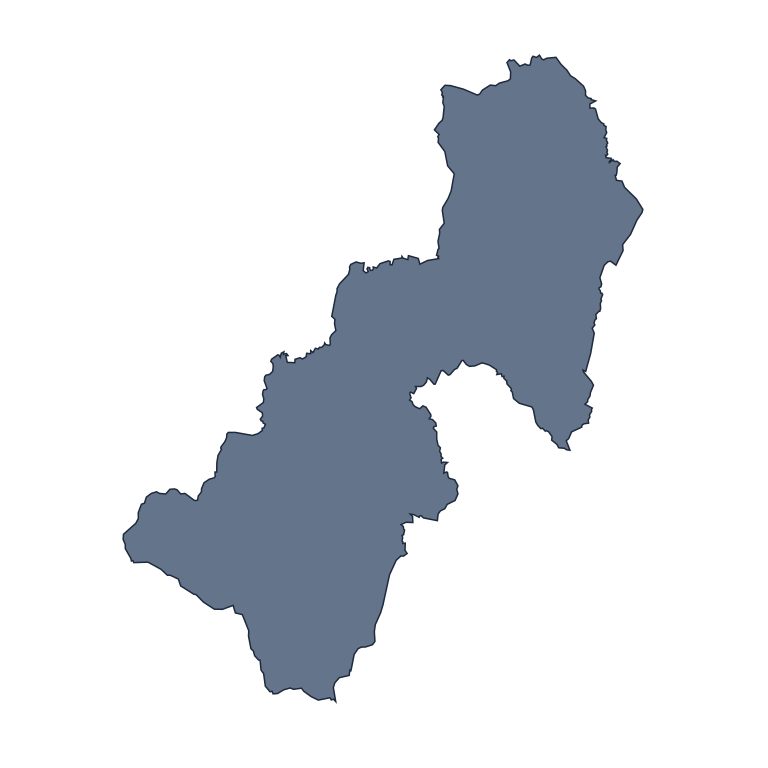 the district of Sidenreng Rappang, Sulawesi Selatan, Indonesia, rotated 174°
{"feature_id": "22746128B89870320898123", "entity_name": "Sidenreng Rappang", "entity_type": "district", "adm_level": 2, "iso_a3": "IDN", "parent_name": "Indonesia", "parent_adm1": "Sulawesi Selatan", "projection": "natural_earth1", "projection_center": [119.91, -3.808], "detail": "fine", "context": "isolated", "style": "filled", "palette": "slate", "viewbox_px": 768, "rotation_deg": 174, "n_neighbors": 0, "source": "geoboundaries", "source_scale": "gbopen_adm2", "svg_char_len": 6151}
<svg xmlns="http://www.w3.org/2000/svg" viewBox="0 0 768 768"><g transform="rotate(174 384 384)"><path d="M178.8,690.9L187.9,691.0L191.5,689.7L193.3,691.0L195.0,694.8L198.3,692.8L201.5,694.4L203.0,692.8L205.4,685.9L207.7,686.0L210.2,687.5L215.7,685.9L220.9,692.7L223.9,692.2L225.3,693.4L228.1,690.8L225.4,681.1L226.4,674.3L229.0,672.6L237.8,671.2L241.7,669.0L247.0,670.2L255.4,666.0L258.6,662.3L261.0,661.6L274.1,668.9L286.6,673.8L292.1,674.7L294.7,672.5L296.7,670.6L295.5,667.9L296.4,665.4L295.3,664.5L295.7,663.4L294.9,663.3L296.1,657.5L295.1,653.8L297.4,642.9L298.6,640.2L302.0,637.7L307.3,631.5L303.1,626.4L304.7,624.3L304.1,623.0L304.9,618.6L299.2,608.8L297.9,594.3L292.2,585.7L297.0,569.1L300.8,561.9L307.0,553.6L307.9,550.6L307.3,537.6L312.7,532.0L312.9,527.9L315.4,520.3L315.1,513.1L316.2,512.2L318.3,506.5L316.3,505.3L317.2,504.4L316.5,503.0L327.7,502.3L335.8,499.4L336.8,505.3L346.3,509.1L347.3,505.2L351.8,507.1L352.8,509.0L353.2,507.4L361.1,507.0L363.6,501.6L365.5,502.1L365.1,505.2L366.8,506.0L375.4,504.1L379.2,500.1L382.5,501.5L382.6,499.5L383.7,498.4L385.2,498.3L386.1,499.5L386.1,501.2L387.9,501.7L388.9,500.2L387.8,497.4L390.4,496.3L392.8,499.0L391.1,506.6L394.5,506.5L399.0,508.3L404.6,506.4L406.1,504.0L406.0,501.7L407.9,496.7L417.7,488.3L420.7,483.8L421.1,480.5L422.6,477.4L428.9,456.7L426.0,453.4L426.9,449.2L426.3,442.1L430.9,438.6L432.9,435.6L433.3,428.7L434.5,428.2L437.7,429.2L438.7,431.0L439.3,429.3L442.1,426.9L444.4,427.2L445.7,425.7L448.5,426.7L451.3,422.7L453.4,424.9L453.8,421.8L457.7,422.6L458.6,419.2L462.5,417.4L464.8,418.9L469.9,417.9L470.5,414.5L477.9,415.6L478.7,422.4L476.5,422.3L477.8,424.5L480.9,424.0L480.2,426.5L483.0,425.3L484.4,421.4L485.2,423.5L486.6,424.1L493.2,420.4L494.2,418.4L492.4,416.0L492.3,413.1L493.4,408.2L496.9,405.5L500.5,405.1L501.9,403.7L502.8,399.8L500.8,391.7L501.7,390.9L504.2,390.8L504.9,389.9L505.9,386.5L505.1,381.7L505.9,378.2L513.2,373.9L512.6,372.0L508.0,368.1L508.1,364.7L510.7,362.0L510.0,360.2L508.4,359.5L508.3,357.9L506.2,356.4L508.0,353.0L509.9,352.6L509.8,350.5L514.5,347.8L520.3,346.6L536.9,351.4L543.9,352.1L545.4,350.8L546.3,346.7L548.5,343.0L552.4,338.8L553.1,337.4L552.4,336.1L556.5,330.4L558.4,323.5L559.6,313.9L561.3,314.1L561.6,309.5L562.9,308.4L567.7,307.6L573.3,304.6L576.4,299.0L576.9,295.7L580.4,292.1L581.6,287.9L584.5,287.8L593.4,296.0L597.7,295.9L600.8,300.4L603.1,301.5L607.9,301.7L612.6,297.4L618.8,298.7L621.5,300.6L626.9,299.5L632.2,296.3L634.7,290.5L637.8,289.8L641.8,281.8L642.4,275.9L645.4,271.4L658.8,261.8L659.7,256.8L658.1,251.5L658.5,247.3L654.0,237.1L653.7,234.4L652.2,234.6L651.5,232.5L637.4,231.5L625.1,223.0L619.4,216.4L616.7,216.2L608.9,211.5L607.3,204.4L595.1,194.8L593.0,194.3L586.3,185.9L576.3,177.8L568.2,176.8L557.2,179.6L555.7,171.8L549.0,169.5L544.3,152.8L545.1,147.5L544.0,134.6L541.9,132.3L541.0,127.2L537.6,122.6L536.1,122.3L536.2,112.4L534.0,108.5L533.6,95.9L529.5,89.8L527.4,90.1L526.7,87.4L522.2,87.3L515.8,90.3L509.2,91.5L505.8,89.8L497.9,90.1L495.8,86.7L489.1,80.7L482.4,76.5L470.5,77.6L469.5,75.3L467.2,75.8L465.2,73.2L466.1,87.4L464.1,92.0L459.1,96.6L449.1,97.8L447.9,102.9L447.0,102.2L446.4,103.7L441.9,118.3L437.4,123.5L434.0,124.7L429.9,124.4L422.7,125.9L419.9,129.0L419.5,138.7L417.8,145.6L411.3,156.8L408.2,164.2L398.4,193.8L390.3,207.4L385.2,211.2L382.6,210.8L378.7,213.0L380.5,216.4L379.5,223.5L381.9,223.4L381.7,225.0L382.4,225.9L381.5,229.4L381.9,231.6L380.3,232.0L378.8,236.6L379.6,237.5L379.7,240.3L381.8,242.4L376.5,244.2L369.8,243.2L369.4,249.3L371.5,251.9L368.1,251.0L363.0,247.8L362.3,249.0L360.8,249.2L358.8,246.7L345.2,242.5L343.8,249.0L341.2,251.9L336.6,253.6L333.7,257.7L325.5,260.7L321.9,267.1L322.7,271.6L321.1,275.0L323.7,281.3L329.0,283.4L329.9,285.1L330.1,289.4L330.9,290.0L333.8,289.1L332.0,297.2L329.1,299.3L333.1,300.1L335.0,299.4L335.1,303.0L333.3,304.1L334.9,306.0L334.5,308.6L335.7,311.1L334.6,314.7L336.7,317.5L337.3,323.8L336.6,330.8L339.6,334.8L338.8,336.3L336.4,336.7L336.6,339.9L339.4,343.5L342.6,344.7L340.7,347.0L340.7,348.7L344.6,356.5L347.6,358.2L350.9,355.8L352.0,356.1L355.6,358.4L357.2,360.4L358.0,363.6L360.3,365.4L358.5,367.5L359.4,371.3L359.0,372.7L358.5,373.2L355.4,371.3L352.1,376.2L352.9,378.2L347.5,377.6L344.7,378.6L341.6,381.6L340.2,385.6L337.9,383.8L334.4,378.6L333.1,378.5L325.9,391.1L323.8,391.3L319.2,386.1L317.4,386.4L312.3,391.1L309.5,392.1L304.0,399.3L302.7,399.1L300.2,394.9L297.1,392.6L291.7,392.5L284.6,394.7L282.6,394.2L277.3,391.8L270.6,386.5L270.9,384.9L269.9,383.6L270.8,381.6L266.2,381.9L265.8,379.0L263.9,379.2L264.2,377.1L261.7,374.2L261.7,371.2L257.8,366.0L258.5,364.1L257.3,362.7L256.7,356.0L251.5,350.7L239.2,345.6L238.1,342.3L237.0,330.3L235.5,326.9L232.7,323.2L230.9,323.4L228.6,320.3L227.4,320.6L225.2,319.2L222.4,314.1L223.1,310.6L218.3,305.8L216.9,302.3L211.3,301.2L209.3,299.5L206.0,298.7L208.7,308.6L206.1,310.3L202.4,316.8L191.9,320.4L191.4,322.4L189.3,323.5L184.6,323.7L184.7,326.9L182.7,329.6L182.9,331.9L180.4,334.9L180.3,337.1L179.4,338.3L186.3,342.9L183.3,345.1L183.1,347.1L180.4,350.5L179.6,353.8L175.8,360.9L177.5,365.0L184.2,374.9L184.6,377.0L182.1,375.4L175.2,393.0L169.6,412.6L171.1,417.7L168.1,420.7L168.8,422.6L167.7,425.4L165.9,426.8L166.1,430.9L162.7,433.8L161.8,433.7L160.7,436.4L160.5,441.3L158.9,444.4L159.5,445.6L157.2,450.0L157.7,451.4L159.0,451.8L159.2,454.3L160.3,456.1L159.9,457.3L158.0,458.1L157.1,460.8L158.2,467.1L152.6,479.0L148.5,482.2L145.8,482.4L140.9,477.9L132.3,491.7L132.1,497.7L123.2,507.0L115.3,520.6L109.5,527.5L108.3,530.5L113.7,541.7L124.2,554.4L126.1,560.9L131.5,562.3L132.3,567.3L131.3,567.3L130.5,569.2L129.3,575.4L126.1,578.5L129.1,581.2L131.7,581.3L132.6,583.0L136.7,580.7L136.7,581.6L134.3,583.5L134.3,584.6L139.5,585.9L139.8,588.3L138.7,587.9L137.5,589.2L138.2,591.4L137.3,592.7L138.4,596.8L137.4,597.3L137.5,598.9L136.3,600.3L137.3,603.1L136.8,605.0L139.4,605.9L136.2,610.9L136.9,613.4L136.2,616.8L138.3,618.3L138.2,619.8L140.6,621.2L143.3,625.4L144.9,635.3L146.2,636.5L150.4,636.9L150.0,640.9L143.9,643.4L148.3,645.2L148.2,646.3L151.0,647.1L153.4,650.0L152.9,654.5L154.4,659.3L161.8,667.6L166.3,671.1L169.2,676.9L174.5,683.3L178.8,690.9Z" fill="#64748b" stroke="#1e293b" stroke-width="1.5"/></g></svg>